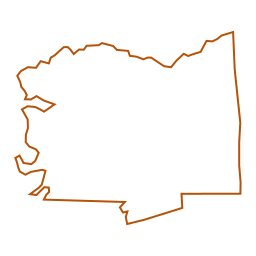 outline of Nova Bassano, Rio Grande do Sul, Brazil
{"feature_id": "56859067B37994166277971", "entity_name": "Nova Bassano", "entity_type": "district", "adm_level": 2, "iso_a3": "BRA", "parent_name": "Brazil", "parent_adm1": "Rio Grande do Sul", "projection": "natural_earth1", "projection_center": [-51.791, -28.727], "detail": "fine", "context": "isolated", "style": "outline", "palette": "amber", "viewbox_px": 256, "rotation_deg": 0, "n_neighbors": 0, "source": "geoboundaries", "source_scale": "gbopen_adm2", "svg_char_len": 1185}
<svg xmlns="http://www.w3.org/2000/svg" viewBox="0 0 256 256"><path d="M43.9,199.6L124.8,202.0L119.9,207.4L123.0,212.5L127.4,211.4L125.8,217.0L127.2,224.0L144.5,219.7L182.3,207.9L181.5,193.8L240.4,193.7L240.6,182.4L239.2,165.7L239.2,142.3L240.3,122.7L235.8,80.0L234.7,69.1L233.1,32.0L221.4,35.6L217.3,39.0L212.3,41.4L206.5,40.9L200.6,51.9L193.2,54.1L188.2,56.0L183.7,53.8L176.3,60.8L171.1,67.2L164.1,66.2L158.0,62.2L151.2,57.6L147.6,57.6L143.4,59.3L136.6,56.7L129.8,55.8L128.2,50.9L116.9,49.9L113.2,46.0L101.9,43.1L98.7,45.2L86.6,45.8L83.8,49.7L79.1,49.5L73.7,54.0L70.5,49.7L67.8,47.1L63.8,47.1L54.6,55.4L50.7,57.7L48.9,63.4L40.7,61.2L36.0,67.8L27.9,67.2L21.0,71.0L17.3,75.8L20.3,82.2L21.2,86.7L24.9,91.3L26.8,95.0L25.0,99.3L31.0,99.4L36.5,96.1L43.5,100.4L54.5,104.4L44.1,111.6L36.4,107.4L32.7,106.7L27.5,106.3L22.0,109.4L27.7,119.5L27.9,128.3L25.9,134.7L25.7,142.1L29.2,146.5L35.9,149.3L38.7,152.8L35.2,161.0L31.3,164.1L23.6,163.0L19.5,155.6L15.4,157.9L17.1,162.8L18.2,167.4L19.8,171.5L25.4,174.7L30.8,171.9L42.3,169.8L45.5,170.8L41.8,184.6L39.2,187.4L30.1,194.2L36.4,195.0L44.3,187.2L48.8,187.6L49.1,192.0L46.2,194.9L43.9,199.6Z" fill="none" stroke="#b45309" stroke-width="2"/></svg>